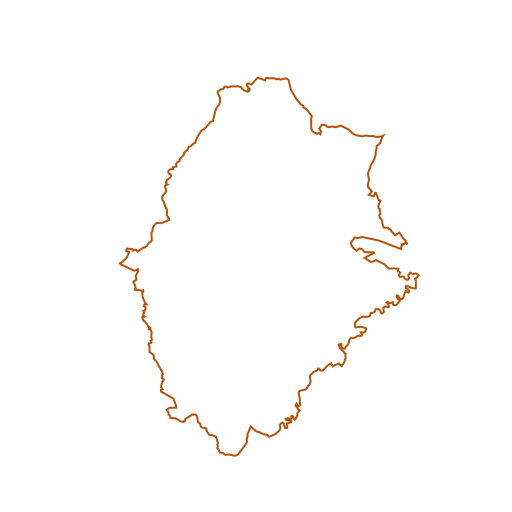 Chietla, Puebla, Mexico (Mercator projection), rotated 225°
{"feature_id": "50627088B73270008594857", "entity_name": "Chietla", "entity_type": "district", "adm_level": 2, "iso_a3": "MEX", "parent_name": "Mexico", "parent_adm1": "Puebla", "projection": "mercator", "projection_center": [-98.633, 18.51], "detail": "fine", "context": "isolated", "style": "outline", "palette": "amber", "viewbox_px": 512, "rotation_deg": 225, "n_neighbors": 0, "source": "geoboundaries", "source_scale": "gbopen_adm2", "svg_char_len": 6125}
<svg xmlns="http://www.w3.org/2000/svg" viewBox="0 0 512 512"><g transform="rotate(225 256 256)"><path d="M127.5,357.4L130.1,357.1L131.0,356.3L132.2,354.1L135.1,353.4L134.8,350.2L133.3,349.1L132.2,348.9L131.8,347.0L132.4,345.9L134.5,345.3L137.2,345.9L139.5,343.0L141.4,343.4L142.3,346.3L145.0,345.6L146.3,347.6L150.1,344.4L153.1,341.0L159.3,341.0L168.1,338.0L169.5,334.6L170.8,333.0L177.9,331.4L174.7,341.8L175.4,341.8L181.3,336.0L182.3,335.5L186.2,335.7L188.3,334.4L188.6,330.8L192.5,330.5L195.1,330.8L197.0,331.6L198.2,332.6L199.3,338.9L196.7,340.7L194.3,344.5L180.1,353.8L158.5,363.4L160.6,366.7L160.1,367.0L159.9,368.4L160.7,368.2L158.9,371.4L157.0,371.1L158.9,372.0L160.2,371.8L161.2,372.8L163.2,372.3L171.2,374.0L172.4,369.0L177.9,369.3L179.1,369.9L180.5,369.4L180.8,368.9L182.5,369.2L185.8,366.4L189.7,368.3L191.6,370.0L193.2,370.6L195.4,370.7L197.6,371.9L197.9,373.8L198.5,374.3L202.1,376.9L202.9,376.4L204.9,377.9L207.2,383.1L208.7,382.3L215.9,385.4L216.4,385.0L215.0,381.4L219.3,379.0L219.8,383.6L225.7,384.0L227.8,386.3L229.8,389.6L234.2,392.7L235.6,394.2L237.2,398.2L238.7,400.5L240.4,406.9L242.5,411.5L245.4,414.8L246.6,417.2L248.5,419.0L248.0,423.6L250.7,429.2L251.1,431.1L252.1,428.8L255.3,425.1L258.2,423.7L259.1,422.2L263.5,418.8L265.5,415.7L270.8,412.0L274.3,411.0L279.6,411.1L288.4,408.0L290.5,403.6L293.7,401.4L295.8,398.3L297.4,397.6L299.2,397.9L302.3,395.4L301.3,390.8L298.1,390.2L296.7,387.6L298.5,387.6L299.0,385.8L302.8,384.4L304.1,384.1L307.1,385.2L314.0,392.0L315.5,394.5L324.1,395.4L327.8,394.7L328.9,395.7L331.2,394.9L337.5,395.4L349.1,398.3L357.4,403.5L359.7,403.1L360.9,402.2L363.5,398.0L365.8,396.8L366.2,395.6L369.1,394.4L372.1,391.1L374.7,389.2L373.8,386.7L380.9,383.2L380.5,374.0L383.1,372.9L384.0,371.2L382.9,370.1L379.5,369.4L378.5,369.6L377.9,368.1L378.8,367.9L377.8,367.0L377.8,366.3L381.8,364.6L386.2,364.6L389.5,362.9L390.4,361.3L393.3,358.6L395.1,355.2L396.4,355.1L397.9,353.6L397.3,351.0L398.4,349.5L399.5,345.4L398.2,344.0L393.7,342.7L390.5,339.9L389.3,337.6L388.7,333.3L387.7,330.4L381.8,320.9L383.1,318.6L382.3,311.6L383.1,305.3L381.9,299.6L380.3,295.1L378.9,293.2L379.8,290.8L379.8,287.4L380.6,286.0L379.8,283.1L379.9,278.3L378.8,276.8L378.5,275.0L378.5,271.0L377.2,269.0L378.0,266.2L377.6,264.5L375.6,263.1L377.6,259.8L376.1,258.9L377.9,256.7L378.3,254.5L376.8,252.9L375.1,252.8L374.0,253.4L372.4,252.1L372.1,250.7L372.7,246.8L373.3,247.3L371.5,244.9L371.8,244.4L370.4,243.6L369.2,243.9L369.9,242.7L369.6,240.8L366.2,239.0L365.1,237.8L364.3,231.6L361.9,229.5L360.0,229.3L353.8,226.2L353.4,226.5L351.9,225.7L350.7,225.0L347.9,221.7L344.4,221.2L344.1,220.3L343.0,220.1L344.7,215.5L346.8,211.6L349.5,209.2L349.8,206.4L348.8,202.7L346.7,200.4L346.4,198.5L340.7,193.3L340.5,191.3L341.2,190.2L340.4,186.1L340.6,183.2L341.5,182.7L343.0,175.4L344.8,175.6L345.6,175.1L346.5,173.4L346.6,173.9L348.0,173.6L352.6,170.1L351.5,167.7L348.6,169.1L346.5,164.3L346.2,162.5L346.4,157.0L347.1,154.5L345.7,154.4L331.8,159.5L330.5,161.2L330.3,163.2L329.8,163.2L328.3,161.3L327.8,159.0L326.7,156.7L323.8,154.7L324.5,151.5L324.2,150.8L320.0,149.3L318.2,148.1L318.4,147.5L317.6,146.5L315.4,148.7L311.7,151.2L311.5,151.9L310.3,151.0L310.9,150.0L307.4,147.0L302.5,144.8L299.2,144.4L300.6,143.0L300.0,141.2L298.0,141.7L296.3,140.0L296.1,137.9L296.6,137.5L295.1,137.1L294.8,136.8L295.3,136.4L293.8,134.2L291.8,134.5L293.2,132.6L292.8,132.0L290.0,130.7L288.4,131.1L282.3,130.2L280.4,130.3L280.7,129.1L280.0,128.4L279.2,128.8L278.9,129.5L276.3,128.7L272.9,124.7L270.3,123.1L270.6,121.5L268.7,120.8L268.9,119.8L270.0,118.5L269.3,117.3L267.5,116.9L263.4,112.8L258.6,113.7L255.5,111.2L252.3,111.1L239.7,107.5L238.4,106.7L238.2,105.0L236.8,104.2L236.3,103.2L233.8,103.5L233.2,100.4L231.8,98.1L230.2,96.0L228.0,95.8L228.6,94.1L227.1,93.0L213.8,96.8L206.4,93.5L205.1,92.3L209.9,87.5L210.4,84.1L207.7,83.7L205.7,82.2L203.2,82.1L201.9,80.9L198.1,84.4L192.4,85.7L190.0,87.4L189.6,89.4L190.7,90.6L188.8,99.4L188.0,99.6L186.5,101.2L183.8,100.7L179.7,97.5L177.0,98.0L174.5,96.4L172.7,96.5L169.6,98.8L166.0,97.1L162.3,96.5L160.9,98.2L157.8,99.5L156.1,99.7L150.7,96.9L149.7,95.0L148.1,94.1L147.5,92.7L145.5,92.6L142.5,91.5L139.9,93.4L137.0,93.7L134.7,96.7L130.5,99.1L128.8,101.2L128.3,103.0L130.3,116.5L131.3,118.7L132.7,119.3L134.7,123.0L135.9,123.7L139.1,131.7L132.0,132.1L127.3,134.6L125.5,134.7L121.9,137.3L118.8,137.5L116.3,143.9L116.1,149.3L116.9,151.5L119.7,153.1L120.0,155.9L119.5,156.9L118.2,157.3L113.9,155.0L112.7,155.9L112.5,156.8L115.7,159.5L113.7,163.2L114.0,164.1L114.9,164.2L117.7,162.0L119.4,161.3L119.9,161.7L118.8,164.0L116.7,164.5L116.1,165.3L116.1,166.1L117.8,167.6L117.0,168.9L113.8,167.6L112.9,167.6L112.7,168.1L114.2,172.8L115.6,174.2L115.9,177.8L116.8,177.5L122.5,178.3L123.0,180.1L119.9,179.6L119.2,181.6L125.1,186.8L128.5,188.8L129.6,190.3L129.5,192.0L126.3,197.2L127.4,201.4L127.2,202.8L128.5,205.7L132.8,209.1L133.4,210.6L133.1,215.3L131.9,218.1L132.5,220.4L131.9,220.9L129.0,220.8L127.8,222.3L127.9,229.0L127.1,233.1L123.6,232.3L123.0,235.2L122.3,235.8L121.2,238.8L118.2,238.5L118.2,239.2L117.6,239.2L118.7,243.9L119.9,245.5L120.2,246.9L123.6,250.1L132.0,250.3L134.1,251.6L133.9,252.4L134.6,252.3L133.5,254.1L130.2,251.7L128.2,252.7L127.5,253.6L128.4,255.2L128.4,258.8L130.9,263.2L131.0,265.0L128.8,267.1L127.6,271.1L126.3,273.1L125.7,273.0L125.4,273.5L125.0,274.7L125.8,275.8L127.8,276.1L125.5,278.5L125.5,280.4L126.6,282.6L128.2,282.3L132.4,279.7L134.8,276.1L135.7,276.0L137.5,277.2L139.0,279.3L138.8,285.4L138.1,287.6L137.1,289.4L136.4,289.4L133.1,293.3L133.1,294.5L134.6,296.6L132.6,299.6L132.7,301.0L133.8,302.9L131.7,305.1L129.9,305.3L126.9,304.1L126.1,304.7L126.0,306.8L129.5,309.5L128.7,311.8L126.6,313.1L126.2,314.1L128.7,315.6L130.8,315.5L130.4,316.6L129.3,316.3L127.9,317.4L126.6,320.1L124.7,318.5L122.7,319.5L122.0,321.4L122.7,326.4L125.5,326.0L127.9,326.7L128.5,327.9L127.6,328.5L125.0,327.6L123.2,327.8L122.2,329.3L122.7,331.4L124.9,335.3L125.4,337.0L122.2,338.1L122.7,339.1L123.8,339.6L125.8,340.0L127.5,339.2L128.7,340.5L127.3,342.2L124.3,343.1L120.8,345.1L120.2,346.3L125.3,351.4L127.5,352.4L126.9,354.4L127.5,357.4Z" fill="none" stroke="#b45309" stroke-width="2"/></g></svg>